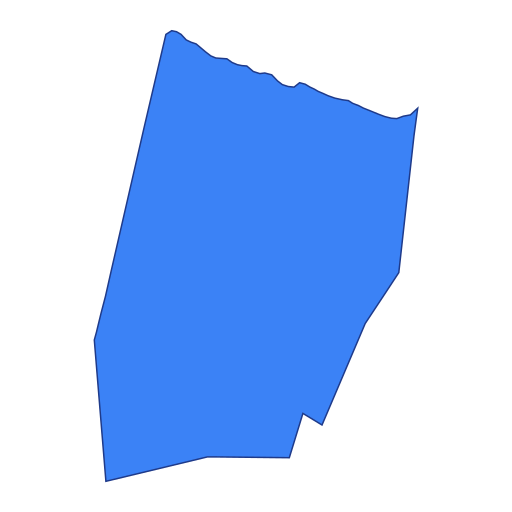 São Miguel do Gostoso, Rio Grande do Norte, Brazil
{"feature_id": "56859067B76662492887230", "entity_name": "São Miguel do Gostoso", "entity_type": "district", "adm_level": 2, "iso_a3": "BRA", "parent_name": "Brazil", "parent_adm1": "Rio Grande do Norte", "projection": "equal_earth", "projection_center": [-35.72, -5.191], "detail": "fine", "context": "isolated", "style": "filled", "palette": "blue", "viewbox_px": 512, "rotation_deg": 0, "n_neighbors": 0, "source": "geoboundaries", "source_scale": "gbopen_adm2", "svg_char_len": 875}
<svg xmlns="http://www.w3.org/2000/svg" viewBox="0 0 512 512"><path d="M105.9,481.3L207.4,456.9L215.3,456.9L289.3,457.7L302.9,413.4L322.0,425.0L365.2,323.5L386.1,291.9L398.8,272.6L414.0,135.6L414.9,128.9L417.7,108.2L410.4,114.9L403.3,116.2L396.8,118.6L391.3,118.2L384.9,116.6L378.7,114.3L370.4,110.9L363.4,108.1L358.8,105.7L352.6,103.3L348.4,100.6L342.5,99.8L334.8,98.1L328.0,95.7L323.2,93.5L318.2,91.4L314.3,89.1L309.8,87.0L305.2,84.2L299.6,82.7L294.1,87.1L288.2,86.5L282.3,84.6L277.5,80.9L271.7,74.8L264.8,73.0L259.8,73.6L253.3,71.5L246.8,66.0L241.9,65.6L237.4,64.7L232.1,62.5L226.9,58.8L221.2,58.4L215.8,58.0L210.8,55.9L205.2,51.6L200.4,47.5L196.1,43.9L191.0,42.2L186.2,39.9L181.1,34.4L176.5,31.7L171.7,30.7L165.9,34.4L144.2,127.1L110.9,272.2L105.5,296.2L101.1,313.0L98.1,325.3L96.5,332.0L94.3,340.0L105.9,481.3Z" fill="#3b82f6" stroke="#1e3a8a" stroke-width="1.5"/></svg>